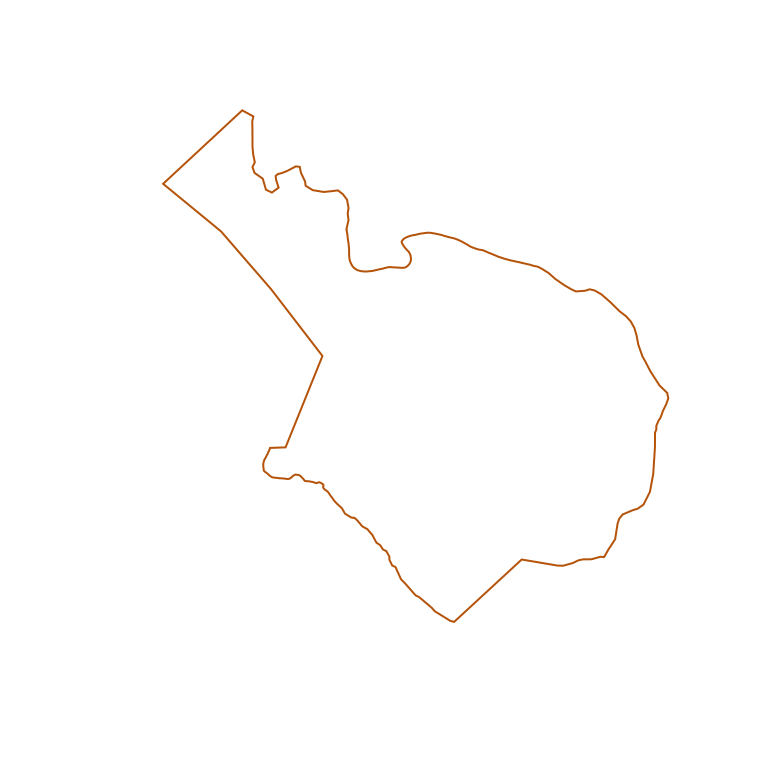 the district of Hope Estate, Vieux Fort, Saint Lucia, rotated 116°
{"feature_id": "8701671B78477528803813", "entity_name": "Hope Estate", "entity_type": "district", "adm_level": 2, "iso_a3": "LCA", "parent_name": "Saint Lucia", "parent_adm1": "Vieux Fort", "projection": "albers", "projection_center": [-60.958, 13.763], "detail": "fine", "context": "isolated", "style": "outline", "palette": "amber", "viewbox_px": 768, "rotation_deg": 116, "n_neighbors": 0, "source": "geoboundaries", "source_scale": "gbopen_adm2", "svg_char_len": 4483}
<svg xmlns="http://www.w3.org/2000/svg" viewBox="0 0 768 768"><g transform="rotate(116 384 384)"><path d="M300.9,670.3L318.3,597.3L348.3,527.0L360.9,501.7L385.8,451.6L484.1,444.7L491.4,458.4L492.0,458.3L494.0,458.1L496.0,458.1L497.8,458.0L499.6,458.1L501.5,458.1L502.1,458.1L503.4,458.2L504.8,458.3L506.4,458.0L506.9,458.0L508.4,457.6L509.7,457.0L511.0,456.4L513.3,454.8L514.5,454.1L515.0,453.1L515.2,451.5L515.8,448.8L516.0,448.2L516.5,446.6L516.8,444.5L516.8,443.4L516.5,442.3L515.9,440.6L515.2,438.8L515.0,438.1L514.6,436.8L514.0,435.4L513.8,435.0L513.4,434.1L513.2,433.4L512.3,431.0L511.8,429.4L511.5,428.6L511.2,428.2L509.9,426.9L508.5,426.3L506.9,425.7L505.9,425.1L505.5,424.9L504.1,423.7L503.8,422.5L503.3,421.3L503.2,419.5L503.3,418.8L503.6,417.9L503.8,417.3L503.9,417.0L504.8,414.7L505.2,414.0L505.8,412.4L505.5,411.7L505.2,410.8L504.9,410.0L504.4,409.0L503.8,406.8L503.6,406.1L503.4,405.5L503.2,404.5L503.2,404.0L503.0,402.8L502.9,402.0L502.7,401.2L500.9,399.5L500.6,398.5L500.6,397.3L500.6,397.0L500.8,395.9L501.0,394.5L501.4,394.2L501.9,393.8L503.3,393.6L503.8,393.1L504.2,392.6L504.6,391.6L504.8,391.2L505.0,389.7L505.1,389.0L505.3,388.0L505.6,387.1L506.1,385.9L506.8,384.9L507.7,383.4L508.3,382.1L508.6,381.5L509.3,380.1L510.2,378.7L511.5,375.8L512.3,373.4L512.9,371.4L513.5,369.3L514.2,367.2L514.9,366.2L516.3,364.2L517.1,363.0L517.6,362.2L517.8,360.7L518.0,359.1L518.0,358.7L518.1,357.5L518.3,355.8L518.3,355.3L518.2,354.4L518.1,353.8L517.9,353.3L517.5,352.4L517.2,352.0L517.5,351.2L517.7,350.2L518.1,349.0L518.5,347.6L519.4,345.8L520.1,344.0L520.5,343.3L521.1,342.0L521.4,341.1L521.6,339.5L521.6,338.6L521.7,336.6L521.7,335.4L522.2,334.2L522.9,332.9L523.2,332.0L523.7,330.9L524.3,329.5L524.6,328.5L527.6,324.5L530.0,321.1L530.5,316.9L532.3,313.8L533.2,312.3L533.2,308.6L534.3,307.1L536.8,303.5L538.1,302.9L539.5,302.2L543.5,297.1L543.5,293.4L544.0,292.8L552.0,283.2L552.4,282.1L553.8,278.1L558.8,266.1L560.1,262.9L560.1,259.2L564.2,243.0L566.0,238.8L567.8,220.8L567.1,216.7L481.4,183.3L471.1,148.3L468.8,143.3L464.0,137.9L462.2,135.9L461.1,135.0L457.2,131.9L454.2,128.0L451.7,122.9L450.5,120.6L445.9,115.4L444.5,113.8L443.0,110.3L433.9,109.7L431.2,109.3L422.1,108.2L420.0,108.9L406.9,112.9L401.8,113.5L396.6,112.3L388.6,105.3L384.6,101.1L384.1,100.9L378.6,97.9L364.6,97.7L364.0,97.8L346.8,102.6L322.4,112.6L308.9,119.1L305.5,119.3L302.3,120.9L295.9,121.2L294.0,120.7L288.9,121.1L286.3,121.5L278.2,121.5L272.2,122.2L270.2,123.8L267.9,125.5L264.5,135.8L255.7,150.3L248.7,159.7L246.1,163.6L240.6,169.2L236.9,172.9L231.1,177.2L230.1,177.9L223.9,183.5L219.6,189.7L217.0,196.1L215.3,204.4L211.3,216.2L208.1,228.0L207.6,235.7L208.7,240.6L212.1,244.2L216.6,252.0L216.8,256.6L216.2,265.1L214.5,276.1L212.1,284.7L211.3,292.2L211.1,296.8L211.9,299.9L212.1,300.8L212.5,303.0L212.8,305.1L213.4,307.7L213.9,309.8L214.4,311.9L214.9,314.2L215.4,316.3L216.1,319.0L216.6,321.2L217.4,324.3L218.1,328.1L218.7,331.1L218.8,332.5L219.2,335.1L219.5,337.0L219.6,340.0L219.8,342.7L219.9,345.0L220.1,347.4L220.2,350.0L220.3,352.3L220.5,354.2L221.6,357.7L222.1,360.7L222.4,363.3L222.6,366.0L222.5,367.7L222.2,371.0L222.0,373.9L221.9,376.1L221.9,377.6L221.9,379.8L222.1,382.6L222.5,385.7L223.2,388.2L223.7,390.9L224.1,393.0L224.6,395.7L225.0,398.4L225.7,401.3L226.9,405.7L227.5,407.8L228.7,410.8L231.2,414.6L233.0,417.3L235.2,420.0L236.2,421.2L237.3,422.8L238.8,424.7L240.3,426.3L241.9,427.8L243.7,429.2L245.7,430.2L247.1,430.5L248.3,430.6L249.2,429.8L250.3,428.6L251.1,427.1L252.2,425.2L253.4,422.3L254.3,419.7L255.9,417.5L257.1,416.3L258.8,415.2L259.5,414.7L261.5,413.9L264.1,413.7L265.9,414.0L267.4,414.5L269.2,415.4L270.4,416.5L271.4,418.1L272.4,420.5L273.3,422.6L274.1,424.5L275.5,427.9L276.9,431.1L278.4,432.9L280.6,435.4L282.6,438.0L285.3,441.3L287.6,444.2L289.0,446.5L290.7,449.3L291.9,452.0L292.8,454.6L293.2,457.1L293.3,459.0L292.8,461.9L291.8,464.2L290.0,466.7L288.0,468.9L285.9,470.4L282.8,472.2L280.5,473.3L277.4,474.9L275.2,476.3L273.3,477.4L271.1,479.0L269.0,480.4L267.0,481.6L264.7,483.1L262.8,484.6L261.9,484.9L261.5,485.6L252.3,487.7L246.6,491.4L241.4,493.0L234.6,498.0L231.4,504.2L230.2,510.3L234.2,516.5L237.8,522.3L241.0,533.0L240.2,541.3L236.6,543.7L230.6,551.2L225.8,554.9L227.0,558.6L235.4,564.8L239.4,568.5L241.8,571.4L244.6,572.6L247.8,570.5L253.7,564.8L261.1,568.7L261.1,575.3L252.6,583.0L251.0,592.9L246.7,597.3L241.4,597.3L235.0,602.2L228.6,606.1L212.0,614.3L205.6,617.6L200.8,618.7L200.2,631.4L300.9,670.3Z" fill="none" stroke="#b45309" stroke-width="2"/></g></svg>